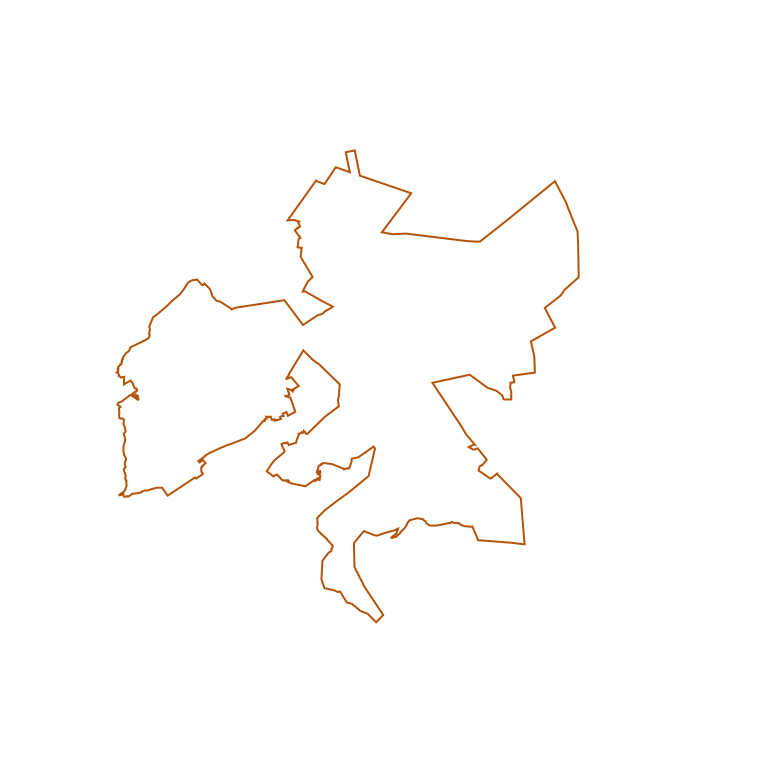 Hueypoxtla, México, Mexico (orthographic projection), rotated 224°
{"feature_id": "50627088B31781753159925", "entity_name": "Hueypoxtla", "entity_type": "district", "adm_level": 2, "iso_a3": "MEX", "parent_name": "Mexico", "parent_adm1": "México", "projection": "orthographic", "projection_center": [-99.037, 19.951], "detail": "fine", "context": "isolated", "style": "outline", "palette": "amber", "viewbox_px": 768, "rotation_deg": 224, "n_neighbors": 0, "source": "geoboundaries", "source_scale": "gbopen_adm2", "svg_char_len": 6166}
<svg xmlns="http://www.w3.org/2000/svg" viewBox="0 0 768 768"><g transform="rotate(224 384 384)"><path d="M574.2,483.2L567.0,434.8L562.5,439.6L557.8,441.9L557.8,440.5L556.1,440.0L553.8,438.9L554.1,436.5L554.6,436.6L554.9,432.6L548.1,431.4L547.6,431.6L545.8,431.1L546.1,429.1L541.1,422.2L537.7,424.7L532.3,417.5L509.7,411.4L509.9,404.9L507.7,396.9L506.5,394.0L505.1,395.8L485.5,400.8L474.6,404.1L474.9,402.0L477.0,395.0L477.0,392.0L478.0,389.6L479.2,388.3L483.3,370.2L513.9,375.1L543.8,335.7L545.6,331.7L547.6,331.8L559.5,329.3L561.7,327.8L563.6,327.5L564.9,327.9L567.9,327.8L575.2,331.4L583.0,331.6L582.7,329.9L583.6,328.8L591.0,329.3L594.0,325.4L595.0,322.7L595.3,320.2L593.7,312.4L593.1,306.9L594.1,297.6L594.4,288.0L595.6,276.5L596.5,271.7L592.6,262.0L590.7,261.1L589.8,260.2L588.1,256.9L586.9,256.9L585.5,254.5L585.2,252.9L585.8,252.1L585.7,251.0L591.9,234.2L590.3,230.9L591.0,227.0L590.1,221.2L589.1,220.7L589.3,219.4L589.1,219.0L588.7,219.0L588.1,218.4L588.1,217.5L587.1,216.8L586.8,215.6L587.3,215.2L586.8,214.8L587.2,213.4L587.0,213.0L586.9,211.2L586.2,210.6L585.8,210.6L585.5,210.2L585.7,209.7L585.0,209.6L584.7,208.8L584.1,208.6L584.2,206.5L582.6,207.1L580.6,206.3L580.4,205.5L579.1,205.9L577.9,205.8L575.9,208.7L570.8,203.0L568.7,210.5L566.7,210.0L565.8,210.2L562.1,208.3L560.2,207.8L559.0,208.7L557.4,208.4L557.1,207.6L557.3,207.7L558.2,201.9L553.6,202.0L552.8,203.2L554.9,204.0L552.7,204.4L552.3,203.9L552.3,203.3L551.3,202.9L550.3,202.8L550.4,202.5L550.1,201.6L557.4,200.5L558.9,199.7L560.6,188.8L562.1,186.1L561.4,184.0L557.7,184.4L557.9,182.9L557.5,182.0L554.6,179.8L552.7,177.3L550.9,175.7L549.3,176.2L548.9,176.9L547.8,177.7L546.2,177.6L543.4,174.0L540.3,172.8L537.5,170.9L536.9,170.1L536.7,167.5L531.9,164.7L530.3,162.5L528.7,159.0L525.3,155.1L521.4,152.4L518.0,151.3L516.8,150.1L516.1,148.1L515.1,146.6L513.4,145.4L512.3,145.1L512.0,143.8L512.3,143.1L511.1,141.0L508.3,139.9L505.8,138.3L504.6,136.3L503.0,135.5L502.3,135.7L501.8,135.3L501.7,134.9L498.1,131.5L496.3,126.8L496.4,124.7L497.2,122.3L497.3,119.4L495.2,123.5L494.9,123.7L494.0,122.7L492.5,122.4L490.8,124.9L490.3,124.7L489.8,125.1L488.5,131.0L487.6,131.5L484.9,134.9L483.3,137.8L483.4,138.8L481.8,141.7L480.7,142.4L475.7,151.2L471.6,155.2L462.1,153.4L455.0,185.5L453.4,185.5L451.8,193.3L452.0,193.8L454.3,194.0L457.5,196.9L457.2,198.6L457.8,198.7L457.4,203.1L461.5,203.5L462.2,199.4L464.0,199.6L462.5,207.9L462.9,208.0L461.4,213.8L457.5,223.5L453.6,232.7L453.1,233.2L446.0,248.6L444.5,260.5L445.1,272.0L445.5,272.7L444.1,274.8L445.4,275.7L444.3,277.5L445.8,278.4L445.5,278.5L444.4,280.2L444.1,280.0L442.8,281.8L439.7,280.4L438.3,282.4L437.4,281.7L437.0,282.7L436.7,282.3L436.0,283.2L433.9,287.2L435.8,288.0L435.3,289.8L434.0,291.3L436.2,292.4L434.7,296.1L431.0,294.4L428.5,302.4L442.0,309.2L446.1,306.8L446.4,306.9L446.0,307.1L444.5,310.5L450.2,313.4L447.6,314.8L444.7,315.3L445.0,315.6L444.9,316.7L445.8,316.7L443.9,323.3L455.6,324.4L457.6,319.9L458.1,320.1L458.7,324.7L459.2,324.8L465.4,352.1L452.8,351.9L447.4,352.4L445.8,353.0L444.4,353.1L415.5,353.0L408.3,344.2L405.6,340.0L401.0,336.7L403.7,319.5L404.5,295.5L404.7,294.3L406.5,294.1L407.2,294.6L409.1,294.5L408.4,293.5L408.6,292.2L409.7,292.2L409.6,290.8L410.9,288.9L410.2,288.6L407.3,281.9L406.5,280.7L410.1,274.0L412.9,274.9L413.7,272.9L414.7,272.6L416.0,269.5L408.8,266.6L408.5,264.9L409.8,253.1L409.3,248.1L407.7,239.7L399.1,240.9L399.2,242.5L397.9,243.9L397.9,244.6L391.9,244.2L389.7,244.3L389.4,244.9L388.3,245.4L388.3,246.1L386.5,246.4L386.8,247.3L386.4,248.1L385.3,248.3L384.5,247.0L383.3,247.7L382.3,247.7L369.5,255.8L367.4,266.3L366.8,266.0L366.6,267.2L366.1,266.8L365.7,267.3L366.5,267.7L365.6,269.1L366.4,269.5L365.9,270.6L364.3,270.3L364.0,269.9L363.6,270.1L366.2,274.0L367.1,273.5L368.0,273.7L368.9,273.2L369.4,273.4L368.3,274.2L368.5,274.7L368.2,274.8L368.0,275.9L369.4,276.9L369.9,275.7L369.8,274.4L370.1,273.6L370.5,273.6L370.3,274.5L371.5,274.7L371.9,275.3L371.7,276.2L373.8,279.1L374.1,280.2L373.4,281.1L373.7,282.1L373.1,282.2L373.2,284.1L372.8,284.2L372.9,284.6L371.1,286.4L365.5,290.4L353.9,295.1L353.4,294.8L351.8,297.9L351.5,297.9L350.3,299.3L351.0,300.1L351.3,301.3L353.5,305.7L355.4,307.7L351.6,313.5L350.0,321.3L349.6,321.7L349.7,323.0L348.0,331.7L345.7,331.4L331.1,307.0L334.1,281.2L336.4,268.4L338.8,252.7L339.0,241.2L334.0,236.8L332.4,233.9L329.5,232.6L317.2,232.8L316.5,232.5L308.3,232.0L306.9,228.5L305.8,227.1L306.7,224.4L305.5,214.1L293.3,200.0L285.0,195.8L276.5,201.0L272.9,202.2L271.4,204.2L258.9,201.0L254.3,203.6L243.3,204.4L236.0,207.4L224.1,207.1L224.1,217.3L257.3,224.6L278.1,231.9L295.1,248.7L296.3,264.2L285.9,268.5L283.7,270.0L280.0,277.2L275.1,285.5L273.4,289.7L271.2,284.9L272.1,278.8L271.7,278.6L271.1,279.0L269.9,281.7L269.2,282.2L269.0,283.4L269.2,284.8L268.8,287.1L269.3,291.4L269.0,292.8L269.1,294.9L269.5,297.2L269.8,297.8L269.7,298.5L270.0,298.9L270.2,300.0L270.7,300.6L271.0,303.6L266.8,310.6L261.8,313.9L261.1,313.6L258.9,314.0L256.9,313.3L253.0,313.8L248.1,318.5L246.1,321.0L240.7,329.1L239.8,329.8L239.4,330.5L239.6,331.8L237.2,332.6L235.5,334.0L234.3,335.5L233.3,335.6L233.1,336.0L231.3,336.0L230.3,336.6L230.0,336.5L228.5,337.0L227.0,338.0L225.4,339.1L225.1,339.7L223.6,340.5L223.0,341.4L221.7,342.2L221.5,342.8L214.8,340.2L207.8,337.0L182.7,357.8L171.5,366.3L206.3,396.9L237.9,397.8L240.5,398.2L241.3,391.2L241.7,389.9L255.8,387.4L257.9,391.0L257.0,394.5L257.5,400.9L271.8,402.8L272.6,402.0L273.0,400.4L274.2,398.7L277.7,398.1L278.6,397.5L279.3,397.4L277.1,403.0L276.5,403.4L290.2,404.9L299.8,407.5L350.0,418.5L328.8,450.2L307.0,453.2L298.4,457.2L293.2,457.8L290.3,457.7L288.0,456.3L287.4,456.2L286.8,456.4L281.7,461.3L282.5,462.2L284.2,463.3L284.1,463.9L287.3,467.0L290.9,469.0L292.0,470.7L293.9,472.8L291.5,475.7L293.6,477.6L295.3,478.3L297.1,479.6L283.4,497.0L295.1,508.3L308.0,516.7L300.0,543.4L321.2,550.4L318.4,570.0L319.5,577.6L318.1,596.1L343.0,620.9L350.8,628.2L374.0,638.5L378.9,641.0L401.9,648.6L409.3,587.0L413.9,553.1L416.4,550.6L423.5,544.5L472.5,507.6L481.9,497.7L490.9,491.7L496.9,540.1L546.1,517.1L567.3,531.7L572.5,524.1L555.7,512.6L569.3,506.4L565.5,485.7L565.8,486.4L573.2,483.2L574.2,483.2Z" fill="none" stroke="#b45309" stroke-width="2"/></g></svg>